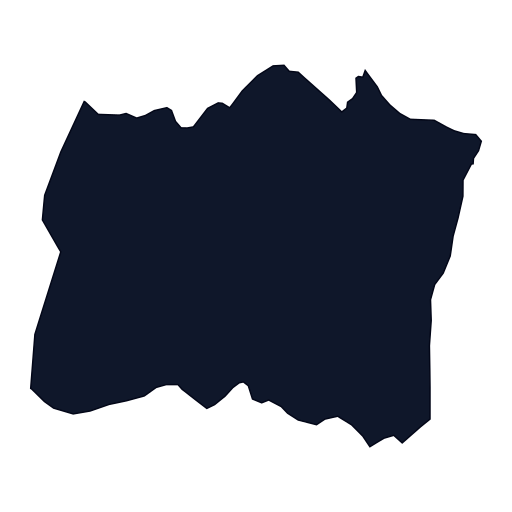 Karforh, River Gee, Liberia (Equal Earth projection)
{"feature_id": "62588387B52645090696794", "entity_name": "Karforh", "entity_type": "district", "adm_level": 2, "iso_a3": "LBR", "parent_name": "Liberia", "parent_adm1": "River Gee", "projection": "equal_earth", "projection_center": [-8.131, 5.281], "detail": "fine", "context": "isolated", "style": "filled", "palette": "ink", "viewbox_px": 512, "rotation_deg": 0, "n_neighbors": 0, "source": "geoboundaries", "source_scale": "gbopen_adm2", "svg_char_len": 1667}
<svg xmlns="http://www.w3.org/2000/svg" viewBox="0 0 512 512"><path d="M30.7,388.4L31.8,389.1L44.4,401.5L53.6,408.1L73.2,413.9L90.1,411.0L109.1,404.4L116.8,402.8L126.7,400.7L144.3,395.9L156.2,387.4L166.1,384.6L178.0,384.6L182.2,389.4L183.7,390.5L195.6,399.8L206.8,408.4L214.6,404.6L225.1,396.1L232.8,387.6L239.2,382.8L243.4,381.9L246.2,384.1L248.3,385.7L252.5,399.0L261.7,402.8L268.7,400.0L281.3,406.6L287.6,413.2L298.2,420.0L316.5,424.7L324.9,419.1L337.6,416.2L351.6,424.8L362.9,436.2L363.8,437.6L369.9,446.7L375.9,443.0L383.9,438.2L393.8,435.3L402.2,442.9L420.5,426.8L430.0,419.1L430.0,387.5L429.8,370.0L429.5,350.9L429.4,345.7L431.2,320.5L430.5,299.7L433.2,289.9L434.7,284.5L443.2,273.1L450.2,256.0L450.7,252.7L453.1,236.1L458.0,218.1L462.9,196.3L463.0,180.1L471.4,164.0L473.1,163.8L473.5,158.3L478.5,150.7L481.3,141.2L480.4,140.2L475.7,134.6L470.8,134.2L463.7,133.6L453.9,130.7L446.1,126.9L434.2,120.3L410.3,119.3L399.8,113.5L389.9,105.0L381.5,95.5L377.3,86.9L367.8,74.1L365.2,70.5L362.8,77.2L358.4,76.5L356.0,78.2L356.7,92.5L352.6,98.6L347.6,102.2L346.8,108.1L343.5,110.6L341.8,112.0L339.2,109.5L329.4,100.1L304.2,77.7L298.2,72.2L289.2,71.3L284.0,65.3L273.1,65.9L257.5,75.7L242.3,90.9L233.1,103.4L231.5,105.5L229.7,107.8L228.7,107.2L222.3,103.3L218.2,102.9L207.6,108.4L193.4,126.9L187.2,128.0L181.1,127.9L175.5,121.4L171.8,111.4L171.5,110.5L166.9,107.7L154.3,110.6L145.4,115.5L140.0,117.1L136.7,118.1L126.1,113.5L119.6,115.1L118.4,115.1L98.2,114.4L85.2,102.0L84.2,101.5L60.9,151.8L47.4,188.0L44.7,195.2L44.1,201.4L42.4,219.9L57.3,245.9L58.7,248.3L60.8,251.8L40.9,315.2L34.9,334.4L34.7,337.1L30.7,388.4Z" fill="#0f172a" stroke="#020617" stroke-width="1.5"/></svg>